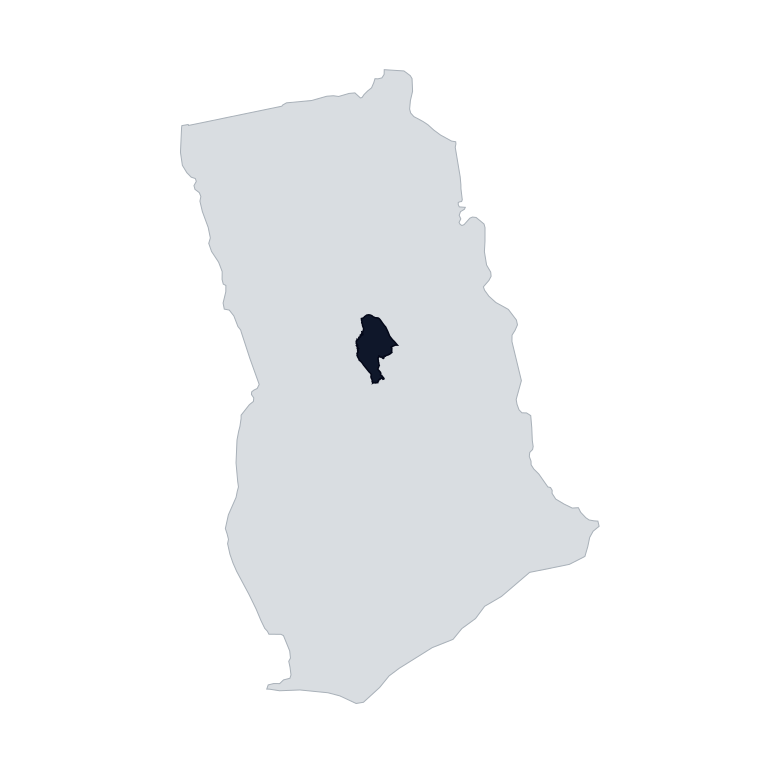 location of East Gonja Municipal, Northern, Ghana, rotated 349°
{"feature_id": "2480657B20562210440652", "entity_name": "East Gonja Municipal", "entity_type": "district", "adm_level": 2, "iso_a3": "GHA", "parent_name": "Ghana", "parent_adm1": "Northern", "projection": "natural_earth1", "projection_center": [-1.128, 8.347], "detail": "fine", "context": "in_parent", "style": "filled", "palette": "ink", "viewbox_px": 768, "rotation_deg": 349, "n_neighbors": 0, "source": "geoboundaries", "source_scale": "gbopen_adm2", "svg_char_len": 7450}
<svg xmlns="http://www.w3.org/2000/svg" viewBox="0 0 768 768"><g transform="rotate(349 384 384)"><path d="M463.3,80.5L468.6,86.3L469.8,89.6L467.9,102.1L464.0,110.8L461.6,119.0L461.9,123.1L464.3,127.2L472.3,133.7L476.5,137.8L481.3,144.2L487.0,150.4L496.6,158.4L500.6,159.9L500.4,162.1L499.1,165.2L498.3,195.2L497.5,203.0L496.8,206.9L496.0,218.1L495.0,219.7L493.1,219.6L491.5,220.0L491.1,222.2L491.7,224.5L497.5,226.1L496.3,227.8L492.0,229.4L490.0,232.7L490.9,236.6L488.5,239.7L489.2,241.8L490.7,243.3L493.1,242.8L499.9,237.6L502.7,237.0L506.2,238.1L512.7,246.0L513.0,249.8L510.4,263.0L507.8,273.3L507.4,286.8L510.1,294.5L509.7,298.7L506.8,302.3L500.1,307.6L500.6,311.1L503.7,317.8L509.3,325.3L520.3,334.5L526.2,346.5L526.3,351.4L522.9,356.3L519.0,360.5L517.7,366.7L519.5,406.9L510.8,424.4L510.7,429.3L511.6,435.1L513.9,438.6L518.4,439.6L522.0,443.0L520.7,455.2L518.8,467.7L518.5,473.8L517.4,476.6L514.0,479.0L512.8,482.9L513.6,487.8L513.0,491.4L514.8,496.0L518.8,501.9L525.2,516.3L527.7,517.4L528.8,520.4L528.1,523.4L530.6,529.7L537.7,536.1L545.1,541.7L551.2,542.5L552.6,547.5L556.6,553.8L559.4,556.6L564.0,558.4L567.8,559.4L568.0,564.7L561.2,568.4L556.6,573.9L553.1,582.3L548.3,591.6L531.6,596.4L525.2,596.5L491.0,596.7L458.9,614.9L440.4,621.4L429.1,631.7L413.8,638.9L403.1,647.8L381.0,652.0L344.6,666.0L333.3,671.5L321.8,681.1L303.1,692.5L295.7,692.3L281.1,681.7L270.1,676.4L243.1,668.3L223.0,665.2L213.3,661.7L210.7,661.1L212.9,657.3L218.5,657.0L224.4,658.2L228.9,655.3L235.5,654.9L237.2,651.8L237.7,644.2L237.6,638.0L239.9,635.2L240.5,628.0L237.3,611.8L235.0,610.0L223.3,607.7L222.4,604.5L220.3,601.1L218.1,592.8L215.5,580.4L211.4,565.1L203.6,539.8L201.6,530.9L200.3,521.7L200.0,510.9L201.7,506.8L201.4,501.2L200.7,495.6L206.3,482.7L217.2,467.0L219.5,461.3L221.5,457.3L221.8,451.6L223.7,433.2L229.0,411.0L232.3,402.7L234.5,398.1L237.1,390.7L237.8,387.3L247.9,378.6L252.5,376.2L253.5,372.8L251.9,369.0L252.6,366.5L255.0,365.2L258.7,364.2L261.4,360.6L257.2,333.2L253.8,305.9L253.6,303.6L251.6,299.8L249.6,288.5L246.2,281.9L241.5,280.0L241.5,273.8L246.3,263.3L247.6,257.1L245.3,255.3L245.0,250.5L246.6,242.8L245.8,238.0L244.9,232.9L240.0,221.0L238.8,212.5L241.4,207.5L241.3,196.7L238.6,180.0L238.2,169.4L240.0,165.0L239.2,160.9L235.6,156.9L235.3,153.0L238.4,149.3L238.0,146.3L234.2,144.2L230.8,139.0L227.8,130.9L228.4,117.8L234.2,93.8L234.9,91.8L241.3,91.9L241.4,92.9L261.4,92.7L284.4,92.4L311.8,92.1L336.7,91.8L337.8,90.8L341.9,89.4L367.0,91.9L382.8,90.6L389.4,91.4L394.3,93.1L405.2,92.1L411.0,92.7L415.4,98.7L417.1,98.6L419.6,96.1L423.9,93.2L428.3,90.9L431.5,86.2L433.4,82.6L436.3,83.3L440.4,83.1L443.2,80.1L444.2,75.5L463.3,80.5Z" fill="#d9dde1" stroke="#a8b0b8" stroke-width="1"/><path d="M363.5,352.8L363.6,353.0L363.6,353.4L363.7,353.5L364.0,354.0L364.2,355.9L365.5,357.3L366.6,359.2L367.1,360.3L367.3,361.0L371.8,369.5L372.0,369.6L372.4,370.2L373.3,372.2L373.4,372.4L373.3,372.6L372.8,373.6L372.6,374.0L372.7,374.5L372.5,374.9L372.6,375.8L372.8,376.1L372.8,376.3L372.9,376.5L372.9,376.8L373.1,377.1L373.1,377.4L373.1,378.2L373.1,378.5L372.9,379.0L372.8,379.3L372.9,379.5L373.0,379.6L372.9,379.8L373.0,380.0L373.1,380.3L373.2,380.6L373.3,380.6L373.2,380.8L373.4,380.7L373.4,380.9L373.5,380.9L373.7,380.7L373.9,380.8L374.0,380.7L374.1,380.8L374.4,381.0L374.9,380.9L375.0,380.9L375.4,381.2L375.6,381.2L375.8,381.0L375.9,380.9L376.0,381.0L376.3,381.4L376.5,381.3L376.8,381.2L377.0,381.2L377.4,381.4L377.5,381.4L377.4,381.3L377.7,381.1L377.9,381.0L378.0,381.1L378.1,380.9L378.2,381.0L378.3,380.9L378.6,380.5L378.8,380.4L378.9,380.1L379.0,380.0L379.0,379.7L379.3,379.7L379.3,379.4L379.5,379.3L379.6,379.0L379.8,378.9L379.9,379.0L380.0,378.9L380.2,378.7L380.3,378.7L380.5,378.6L380.8,378.4L380.8,378.5L381.0,378.4L381.1,378.5L381.4,378.2L381.5,378.3L381.7,378.2L381.9,378.1L382.0,378.0L382.0,377.9L382.5,377.8L382.6,378.0L382.8,378.0L383.1,378.1L383.4,378.3L383.6,378.6L383.6,378.8L383.8,379.1L384.0,379.0L384.6,379.2L384.8,379.1L385.0,378.8L384.8,378.6L384.8,378.2L384.8,377.9L384.7,377.6L384.4,377.2L384.2,377.0L384.0,376.6L383.6,376.5L383.4,376.2L383.6,375.9L383.5,375.7L383.5,375.4L383.3,375.3L383.3,375.1L382.8,375.0L382.3,374.7L382.3,374.3L382.5,373.8L382.9,373.1L382.9,372.7L382.7,371.8L382.7,371.7L381.2,369.1L380.6,368.3L381.7,366.8L381.7,366.6L383.0,364.7L382.7,363.9L382.8,362.7L382.9,361.8L382.7,361.0L382.7,360.6L382.9,360.2L382.9,359.7L383.0,359.2L382.9,358.9L382.9,358.3L383.0,358.1L383.0,357.3L383.4,357.1L383.5,357.1L383.6,356.9L383.8,356.5L384.0,356.4L384.3,355.9L384.5,355.8L384.5,355.6L385.0,355.9L385.0,356.2L385.1,356.4L385.5,356.8L386.0,357.0L386.4,357.1L387.1,357.0L387.3,358.0L388.1,358.8L389.0,358.3L389.2,356.9L389.4,356.7L389.7,356.5L390.6,357.0L391.3,356.5L392.6,356.4L392.9,356.2L393.2,356.1L393.7,356.2L394.0,355.9L394.2,356.1L394.4,356.0L395.3,355.8L395.8,355.5L396.4,355.3L396.7,355.0L396.8,355.0L397.1,354.7L397.4,354.7L397.8,354.5L397.7,354.0L398.0,352.5L398.5,350.4L398.4,350.0L398.3,349.8L398.0,349.6L398.1,349.1L400.6,348.4L402.8,348.0L404.6,348.4L402.3,344.3L400.8,342.2L398.7,338.1L397.8,333.4L396.5,328.3L395.5,326.7L394.9,325.4L394.1,323.8L393.8,323.1L393.4,322.1L392.4,320.0L391.7,318.9L391.2,318.3L390.4,317.9L389.6,317.7L387.7,317.1L387.1,316.5L386.5,316.3L385.2,314.7L383.9,313.8L382.7,313.3L381.9,313.1L380.0,313.1L378.6,313.9L377.8,314.1L377.2,314.7L376.8,315.0L375.9,315.3L374.3,315.4L374.1,317.5L374.3,318.5L374.0,319.1L373.8,319.7L374.1,320.5L374.2,321.2L374.1,321.8L374.1,322.7L374.2,323.7L374.6,325.2L374.5,325.7L374.2,326.9L373.6,327.9L373.6,328.2L373.5,328.4L373.0,328.9L372.9,329.1L372.6,328.9L372.6,329.1L372.3,329.1L372.2,329.0L372.2,329.5L372.0,329.8L372.3,330.1L372.5,330.1L372.6,330.3L372.6,330.6L372.7,330.8L372.7,331.0L372.7,331.4L372.4,331.4L372.3,331.7L371.9,331.8L371.8,331.6L371.9,331.3L371.8,331.1L371.8,330.9L371.4,330.8L371.3,331.0L371.2,331.3L371.2,331.5L370.7,331.6L370.6,331.4L370.5,331.5L370.4,331.4L370.1,331.4L370.0,331.5L370.3,331.8L370.3,332.0L370.4,332.3L370.3,332.5L370.3,332.8L370.1,333.0L369.8,333.2L369.7,333.0L369.4,333.0L369.2,333.2L368.9,333.2L368.5,333.4L368.2,333.4L368.1,333.6L368.1,334.1L368.1,334.3L367.9,334.7L367.6,334.8L367.6,334.7L367.3,334.8L367.1,334.9L367.2,335.3L366.6,335.3L366.3,335.4L366.3,335.5L366.1,335.5L366.0,335.4L366.0,335.6L366.0,335.8L366.0,336.0L365.7,336.3L365.7,336.2L365.6,336.3L365.3,336.3L365.1,336.6L365.0,336.9L364.9,336.9L365.0,337.4L364.8,337.7L364.7,338.0L364.6,338.4L364.6,338.8L364.5,339.1L364.7,339.4L364.8,339.4L365.0,339.5L365.3,339.9L365.2,340.1L365.3,340.4L365.1,340.5L364.9,340.6L365.1,340.7L364.9,340.8L365.1,341.0L364.9,341.1L365.1,341.2L364.9,341.4L364.7,341.5L364.8,341.6L365.0,341.7L364.9,341.8L365.1,341.9L365.0,342.2L364.9,342.3L365.0,342.5L365.0,342.8L364.9,342.9L365.2,343.1L365.2,343.3L365.1,343.5L365.3,343.6L365.1,343.9L365.2,344.0L365.4,344.2L365.2,344.2L365.3,344.3L365.1,344.4L365.2,344.6L365.1,344.8L365.0,344.7L364.9,344.9L364.7,344.8L364.7,345.1L364.7,345.5L364.8,345.6L364.7,345.8L364.8,345.8L365.0,346.1L364.9,346.2L364.8,346.5L364.8,346.8L364.7,346.7L364.6,346.9L364.5,347.0L364.4,347.2L364.4,347.4L364.5,347.5L364.4,347.6L364.3,347.9L364.1,348.2L363.9,348.2L363.6,348.5L363.6,348.8L363.4,349.0L363.5,349.1L363.5,349.4L363.3,349.4L363.3,349.5L363.3,349.8L363.3,350.0L363.5,350.1L363.4,350.3L363.5,350.5L363.3,350.8L363.1,351.0L363.3,351.1L363.4,351.4L363.3,351.5L363.4,351.8L363.4,352.0L363.5,352.3L363.4,352.4L363.6,352.7L363.5,352.8Z" fill="#0f172a" stroke="#020617" stroke-width="1.5"/></g></svg>